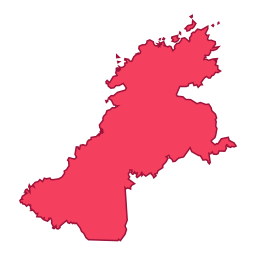 outline of Portobelo, Colón, Panama
{"feature_id": "35544464B89301673090177", "entity_name": "Portobelo", "entity_type": "district", "adm_level": 2, "iso_a3": "PAN", "parent_name": "Panama", "parent_adm1": "Colón", "projection": "robinson", "projection_center": [-79.633, 9.507], "detail": "fine", "context": "isolated", "style": "filled", "palette": "rose", "viewbox_px": 256, "rotation_deg": 0, "n_neighbors": 0, "source": "geoboundaries", "source_scale": "gbopen_adm2", "svg_char_len": 5774}
<svg xmlns="http://www.w3.org/2000/svg" viewBox="0 0 256 256"><path d="M215.4,72.4L218.0,72.6L220.5,71.0L217.8,69.4L217.8,65.8L215.4,65.0L216.3,61.8L215.6,61.4L215.3,60.2L212.5,59.1L208.7,60.4L206.2,59.2L204.0,59.5L204.4,57.7L205.9,57.3L205.0,55.4L208.7,55.4L210.6,52.1L210.7,50.2L213.2,50.5L216.6,49.2L218.9,46.7L212.9,47.7L215.5,44.1L215.2,41.7L211.2,40.2L208.9,40.5L207.4,39.3L208.8,35.1L206.7,35.5L205.4,33.4L207.8,28.9L207.8,26.2L201.2,30.0L197.5,29.1L194.6,32.4L193.2,32.2L191.5,33.6L191.4,35.5L189.6,37.9L189.9,40.7L189.3,41.6L184.7,37.8L181.5,38.6L181.3,40.3L178.9,43.3L177.0,43.3L175.1,45.5L174.4,47.0L175.0,48.6L172.9,50.8L170.9,46.6L169.2,46.1L168.0,46.9L163.4,45.3L165.2,45.4L163.7,41.7L160.3,43.2L159.6,42.6L160.1,44.4L162.0,44.2L159.7,45.2L159.8,46.5L158.6,45.9L158.3,46.7L157.8,45.8L155.3,45.7L153.9,44.4L153.3,41.8L149.8,39.9L147.1,41.0L146.8,43.1L145.0,44.8L142.5,44.8L139.2,46.2L138.8,48.7L140.6,51.3L140.2,53.3L136.2,54.7L133.9,56.7L131.6,61.4L129.7,61.1L128.6,59.4L125.0,58.6L124.7,60.0L126.0,60.2L127.0,62.7L124.8,63.1L125.0,65.4L123.4,67.0L120.8,67.6L119.0,66.5L120.3,69.5L118.8,71.0L116.3,70.9L115.7,72.8L117.2,75.5L113.3,76.5L109.6,82.6L107.1,80.4L106.0,81.7L106.3,83.6L108.0,83.7L108.2,86.0L110.8,88.2L113.9,87.8L115.8,85.7L119.2,85.5L123.2,83.4L126.4,88.0L125.1,90.2L117.6,92.3L113.6,95.7L111.2,95.7L108.4,98.1L111.5,100.4L113.7,104.9L115.3,105.1L116.0,106.4L116.7,105.9L118.0,105.8L115.1,107.8L112.3,107.7L110.0,109.8L107.0,110.6L105.8,114.0L103.6,116.3L102.9,118.0L103.1,120.1L99.4,125.0L99.9,127.7L102.5,129.5L102.9,132.2L102.1,133.2L100.6,132.7L100.2,134.0L99.2,135.1L98.7,135.2L99.1,136.4L98.5,134.3L96.2,136.6L91.2,137.4L91.0,139.5L88.5,140.2L87.2,142.0L86.7,144.6L85.6,145.5L83.0,144.7L80.4,145.3L79.5,149.2L78.4,148.6L78.2,147.0L76.3,146.9L75.0,154.4L76.6,157.3L74.5,159.1L69.0,157.7L67.6,160.2L68.7,161.2L69.0,165.8L66.5,169.7L64.2,171.1L64.6,173.2L62.1,176.9L58.9,178.8L53.1,179.7L50.8,179.5L50.0,178.1L46.3,178.8L44.3,178.2L42.6,181.6L39.9,179.6L38.0,181.7L35.3,182.3L32.9,184.8L33.9,186.7L32.3,185.7L30.5,186.9L29.3,184.9L28.8,186.8L29.8,189.1L29.9,192.5L27.0,189.1L25.6,189.9L24.9,191.3L25.9,192.2L25.0,192.7L26.8,193.2L22.3,196.3L21.7,198.2L22.4,199.3L20.8,199.4L19.9,200.6L20.7,202.6L22.1,202.3L22.6,203.8L25.1,204.4L26.5,206.2L28.8,204.5L29.6,205.5L30.5,205.1L30.6,208.8L31.8,209.3L30.9,210.4L33.2,210.3L36.1,213.9L37.7,213.5L36.8,216.7L41.1,217.0L42.6,218.9L44.1,218.0L43.9,219.8L47.5,221.2L49.3,219.5L48.9,218.4L50.7,218.2L51.7,220.7L51.6,223.3L53.4,226.5L52.6,227.9L53.4,228.4L54.1,227.0L54.6,228.1L56.0,225.9L56.5,228.5L58.1,229.0L60.0,227.6L60.0,226.0L66.6,220.5L67.9,222.7L69.4,223.4L70.8,222.1L72.7,223.6L73.7,222.7L75.0,223.7L76.5,223.1L80.2,228.0L81.5,231.3L83.8,233.3L86.1,237.8L88.5,239.7L117.9,240.6L118.6,239.3L120.4,240.6L125.0,234.3L126.5,229.5L125.0,226.0L127.2,220.2L125.1,187.7L126.0,188.7L127.9,187.9L130.6,189.0L130.6,186.9L131.9,185.1L134.6,183.7L128.3,179.0L129.7,176.9L128.6,175.5L128.4,173.5L130.0,172.0L129.8,170.0L131.8,170.0L131.9,171.7L131.1,172.5L132.3,174.1L133.2,174.1L134.6,172.0L135.3,173.6L137.2,173.0L136.3,176.5L137.1,177.5L140.9,174.6L141.8,171.7L141.9,175.6L143.2,174.2L145.8,176.1L150.4,173.0L151.4,173.3L151.4,174.5L152.5,174.9L153.8,177.8L156.1,175.7L154.8,174.4L155.3,173.6L156.9,173.6L158.1,170.6L162.8,167.6L162.7,165.4L166.0,161.9L168.1,158.1L166.1,156.8L168.9,155.3L169.9,158.1L171.9,159.2L173.0,161.6L175.1,161.3L178.6,158.1L183.6,156.9L190.1,147.7L191.7,151.6L198.6,155.5L200.4,155.7L203.0,160.1L205.9,159.7L207.8,160.7L207.9,162.2L209.3,163.9L210.2,162.5L208.9,153.3L210.7,153.8L212.3,152.0L213.4,154.1L216.4,154.4L218.1,153.6L219.1,151.0L224.8,151.2L226.4,148.4L225.9,146.5L226.6,144.8L227.9,145.5L227.7,146.5L230.7,147.4L231.7,146.4L234.2,146.9L236.1,146.0L234.0,142.9L229.2,140.4L228.3,137.3L221.3,138.8L217.9,143.9L216.6,143.6L215.0,144.8L211.4,141.7L211.3,140.6L214.9,137.6L215.8,134.7L216.9,128.4L215.7,126.2L216.2,121.5L215.3,119.9L216.6,118.0L215.4,114.2L211.8,110.7L211.1,107.7L208.7,104.1L205.9,104.5L200.3,102.5L197.0,103.7L190.5,99.6L185.8,99.5L182.9,96.8L177.3,96.2L176.4,94.5L179.8,86.5L186.3,86.5L188.2,85.8L188.7,83.9L192.8,82.6L194.0,85.6L196.8,84.8L198.2,87.3L200.5,84.8L202.3,84.8L201.1,82.4L204.5,77.8L206.3,76.5L208.8,78.1L210.3,78.0L212.0,75.5L213.6,75.1L215.4,72.4ZM195.9,23.5L192.7,20.4L192.3,24.6L187.9,25.6L185.0,28.7L186.7,29.4L187.0,31.1L189.6,30.3L190.6,28.6L192.4,28.4L194.0,26.8L195.9,23.5ZM177.8,35.4L171.9,37.0L171.7,38.3L173.3,39.8L172.1,41.1L175.0,42.1L177.8,40.8L179.2,38.5L177.2,37.9L177.8,35.4ZM217.3,58.6L213.0,59.0L216.5,59.5L215.9,60.0L216.4,60.5L217.3,58.6ZM119.5,69.4L117.5,67.9L116.5,68.2L116.9,69.7L118.9,70.3L119.5,69.4ZM119.2,57.4L116.7,55.0L116.7,57.6L119.2,57.4ZM191.4,17.7L192.3,16.9L192.2,15.4L190.2,16.6L191.4,17.7ZM102.2,129.3L100.4,128.2L101.0,130.2L102.5,131.0L102.2,129.3ZM164.6,38.6L163.5,38.0L162.8,39.4L163.9,39.8L164.6,38.6ZM213.1,24.6L212.0,25.5L213.2,26.4L213.7,25.5L213.1,24.6ZM119.5,61.7L117.7,61.5L118.0,62.7L119.5,61.7ZM107.4,101.5L105.9,100.9L106.4,102.4L107.4,101.5ZM179.9,32.1L179.5,33.5L180.5,34.2L180.5,32.7L179.9,32.1ZM102.2,131.8L100.8,130.7L100.9,131.6L102.2,131.8ZM158.7,44.0L157.5,43.8L158.5,44.7L158.7,44.0ZM218.1,23.7L219.0,23.2L218.7,22.3L218.2,22.6L218.1,23.7ZM101.8,132.7L102.7,131.2L102.1,132.1L101.0,132.0L101.8,132.7ZM215.6,60.0L215.6,61.3L216.4,61.4L216.3,60.9L215.6,60.0ZM99.5,133.8L100.6,132.6L100.5,132.4L99.5,133.8ZM116.3,69.6L116.3,70.4L117.2,70.4L117.2,70.2L116.3,69.6ZM107.9,100.0L107.3,100.1L107.0,100.6L107.7,100.8L107.9,100.0ZM160.3,38.8L159.8,38.9L159.4,39.4L159.9,39.8L160.3,38.8ZM137.5,53.5L136.8,53.8L137.8,54.0L137.5,53.5ZM138.8,53.2L138.3,53.1L138.0,53.3L138.2,53.7L138.8,53.2ZM99.1,135.1L99.6,134.2L98.8,134.9L99.1,135.1Z" fill="#f43f5e" stroke="#9f1239" stroke-width="1.5"/></svg>